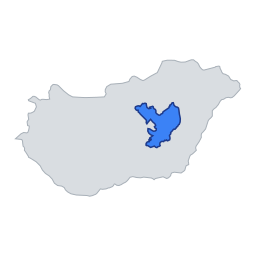 Hungary, with Jász-Nagykun-Szolnok highlighted
{"feature_id": "HUN-3175", "entity_name": "Jász-Nagykun-Szolnok", "entity_type": "County", "adm_level": 1, "iso_a3": "HUN", "parent_name": "Hungary", "parent_adm1": "", "projection": "albers", "projection_center": [20.367, 47.222], "detail": "fine", "context": "in_parent", "style": "filled", "palette": "blue", "viewbox_px": 256, "rotation_deg": 0, "n_neighbors": 0, "source": "natural_earth", "source_scale": "10m", "svg_char_len": 4529}
<svg xmlns="http://www.w3.org/2000/svg" viewBox="0 0 256 256"><path d="M215.7,66.6L218.8,66.1L219.7,66.4L220.2,68.7L220.3,68.8L221.1,70.3L221.9,72.3L223.0,73.7L225.4,74.3L228.6,76.1L230.7,79.5L233.8,80.9L234.1,80.9L234.7,80.7L236.9,80.5L237.3,81.2L239.1,82.9L239.9,84.3L239.6,85.9L239.9,87.7L240.6,88.4L239.9,89.6L234.3,95.8L232.1,97.5L230.6,97.8L228.2,97.3L225.8,97.8L223.7,99.2L221.7,99.6L220.2,101.2L218.3,104.6L216.0,107.4L213.6,109.2L212.3,110.8L212.3,116.1L211.0,117.7L209.2,119.3L208.2,120.7L205.6,128.9L203.5,131.5L201.5,133.5L201.2,135.4L201.3,137.5L199.1,141.7L196.1,146.1L195.6,147.9L196.3,150.3L193.4,153.1L191.8,154.4L190.4,155.1L189.6,156.8L188.2,161.0L188.6,162.9L188.7,164.6L186.2,165.7L185.5,167.6L184.9,170.0L183.9,171.1L181.1,173.0L174.3,172.2L171.7,172.9L170.9,174.3L170.7,175.5L169.9,176.5L168.3,177.9L166.7,178.5L163.1,176.8L155.4,178.5L154.1,179.7L153.0,178.8L151.4,178.0L143.7,177.1L140.6,177.8L136.6,177.5L132.8,176.6L130.0,177.3L127.5,180.5L126.2,181.7L125.2,182.4L123.1,183.4L121.3,184.6L118.9,185.5L116.8,185.3L114.8,183.9L114.1,184.2L113.5,185.5L112.4,186.6L109.3,187.9L108.6,187.9L108.4,187.9L106.1,188.9L102.3,189.3L100.4,188.9L96.8,193.4L95.8,194.2L92.4,195.6L89.7,196.2L87.4,195.6L86.5,195.5L76.3,195.0L71.0,193.8L67.6,191.9L65.4,189.8L64.3,187.6L61.7,186.1L57.6,185.5L54.4,183.2L52.2,179.1L49.2,175.9L45.4,173.4L42.4,170.0L40.2,165.8L36.2,161.8L30.4,158.2L28.6,157.3L28.3,156.2L25.6,151.9L24.4,150.3L24.6,148.3L24.1,147.1L23.1,146.2L22.7,143.2L22.5,140.9L21.7,139.5L15.4,138.8L21.0,133.8L23.7,132.5L26.8,132.9L27.8,132.4L28.1,131.7L28.7,130.0L29.0,128.4L29.3,126.8L29.1,126.0L27.6,125.6L27.1,121.8L27.9,120.4L28.7,119.4L28.0,114.8L28.4,113.2L30.8,113.1L32.8,112.2L34.4,111.2L35.0,109.8L36.4,106.9L35.4,103.3L28.6,100.7L28.3,99.7L30.0,98.8L31.7,97.5L32.8,96.4L34.1,96.3L35.9,97.0L39.1,99.7L40.4,100.1L41.6,99.4L42.9,99.3L46.6,99.6L49.7,99.1L49.1,96.3L49.2,94.3L48.7,92.7L49.1,91.0L50.4,89.7L50.9,86.6L52.9,84.6L53.8,84.4L57.2,84.9L57.9,85.4L58.4,85.6L63.6,90.8L68.6,94.8L72.6,96.9L78.8,97.3L85.3,97.6L96.2,97.3L104.3,96.9L104.9,96.0L106.2,93.8L105.2,91.8L105.3,89.5L106.8,86.6L110.8,84.2L122.3,83.3L128.9,81.5L130.0,79.0L132.2,76.5L134.2,76.1L136.9,77.2L140.2,79.4L143.0,80.6L144.7,79.9L150.6,76.2L157.3,72.6L161.9,62.9L162.3,61.3L167.3,60.2L174.5,60.3L178.3,61.6L181.1,62.2L185.3,62.0L191.3,59.8L193.5,59.8L195.3,61.3L197.2,62.5L198.5,64.1L199.5,66.3L200.0,67.1L200.9,68.2L202.4,69.7L203.9,70.1L215.1,67.2L215.7,66.6Z" fill="#d9dde1" stroke="#a8b0b8" stroke-width="1"/><path d="M171.8,103.1L172.3,102.8L173.3,102.7L174.0,105.2L175.3,106.5L176.4,107.0L177.5,107.2L178.5,108.1L178.9,110.1L179.4,114.2L179.9,116.5L180.3,118.8L180.1,122.0L179.2,124.4L178.6,124.7L178.1,125.4L177.8,126.1L177.5,126.6L176.7,126.9L176.4,127.6L176.0,128.2L175.6,128.3L175.3,129.0L174.8,129.3L174.1,129.1L173.5,129.3L171.5,131.8L170.9,132.2L170.6,132.8L170.7,133.1L170.8,133.8L169.5,135.3L169.5,136.1L169.8,136.7L170.0,138.3L169.7,139.8L169.2,140.1L168.6,140.2L168.0,140.7L167.3,140.8L166.9,140.2L166.4,139.9L165.6,140.6L164.6,140.3L163.7,141.6L162.6,141.4L161.4,141.5L160.1,142.6L159.7,144.1L160.2,145.7L159.1,146.4L157.9,146.7L156.9,147.6L155.6,147.2L154.4,146.1L150.6,147.4L148.1,145.8L147.2,145.5L146.6,145.6L146.1,145.3L146.0,144.6L146.5,143.3L146.3,143.2L147.0,142.2L148.1,141.7L149.1,141.8L149.6,140.9L149.0,140.5L149.0,139.7L149.7,139.7L150.3,140.3L150.6,140.3L151.2,139.4L151.2,139.1L150.9,139.0L150.3,138.9L149.8,138.7L149.6,138.3L149.8,137.9L151.0,137.1L152.8,135.7L150.7,134.8L148.9,133.2L147.8,131.0L148.0,128.6L149.9,129.0L151.6,130.2L152.1,130.4L152.6,130.7L153.5,131.2L155.2,131.0L156.2,130.2L156.3,128.6L155.1,128.1L154.4,126.7L155.4,125.9L155.7,125.3L154.8,123.7L152.6,121.8L150.6,119.3L148.2,122.0L146.9,123.8L146.3,122.9L146.2,122.2L146.4,121.5L146.4,120.6L146.1,119.9L140.2,114.0L139.6,113.1L138.2,111.9L138.2,111.1L138.1,110.2L136.8,110.3L135.8,109.6L135.1,108.2L135.5,106.8L137.3,106.0L139.1,105.8L139.8,106.4L140.2,106.5L142.1,104.0L142.6,103.5L143.4,103.7L145.0,103.2L146.2,103.6L146.5,105.6L147.0,107.5L148.8,108.7L150.4,108.3L149.9,107.9L149.6,107.2L152.7,106.3L153.2,106.7L153.5,108.0L154.1,108.8L155.4,109.5L156.0,111.1L155.7,112.1L156.1,113.0L156.7,113.7L158.6,115.0L159.3,115.2L160.1,115.0L160.5,114.7L160.9,114.2L161.0,114.0L162.2,113.6L162.7,113.1L162.9,112.1L163.2,111.7L169.0,107.7L169.2,106.9L169.2,106.6L169.5,106.5L169.7,106.4L169.8,106.2L169.9,105.9L169.7,105.3L170.0,105.0L171.0,104.6L171.4,103.9L171.6,103.5L171.8,103.1Z" fill="#3b82f6" stroke="#1e3a8a" stroke-width="1.5"/></svg>